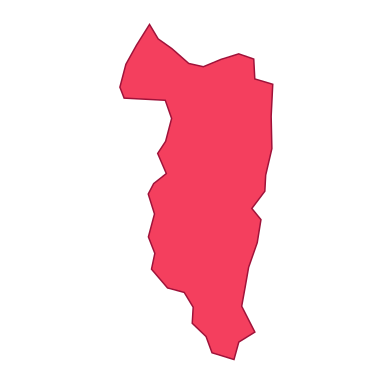 the District of Lipljan, rotated 273°
{"feature_id": "KOS-5903", "entity_name": "Lipljan", "entity_type": "District", "adm_level": 1, "iso_a3": "XKX", "parent_name": "Kosovo", "parent_adm1": "", "projection": "orthographic", "projection_center": [21.101, 42.527], "detail": "fine", "context": "isolated", "style": "filled", "palette": "rose", "viewbox_px": 384, "rotation_deg": 273, "n_neighbors": 0, "source": "natural_earth", "source_scale": "10m", "svg_char_len": 712}
<svg xmlns="http://www.w3.org/2000/svg" viewBox="0 0 384 384"><g transform="rotate(273 192 192)"><path d="M32.5,220.4L48.4,213.6L60.9,199.1L77.0,199.2L91.3,189.5L94.9,172.6L112.8,155.6L128.8,158.1L144.9,150.8L168.1,155.7L187.7,148.4L198.4,153.3L209.1,165.4L228.7,155.7L241.2,163.0L264.4,167.8L282.2,160.5L282.2,141.1L282.2,119.3L292.9,114.5L316.1,119.3L335.7,128.9L357.1,140.8L343.1,150.2L334.2,164.3L320.2,182.0L317.7,196.8L326.0,214.1L332.4,231.4L328.0,246.7L308.2,248.8L303.8,267.0L271.7,267.1L239.5,269.5L212.7,264.7L196.6,264.7L178.7,252.6L168.0,262.3L144.8,259.8L119.8,252.5L100.1,250.1L80.5,247.6L55.4,262.1L44.6,246.6L26.9,242.7L32.5,220.4Z" fill="#f43f5e" stroke="#9f1239" stroke-width="1.5"/></g></svg>